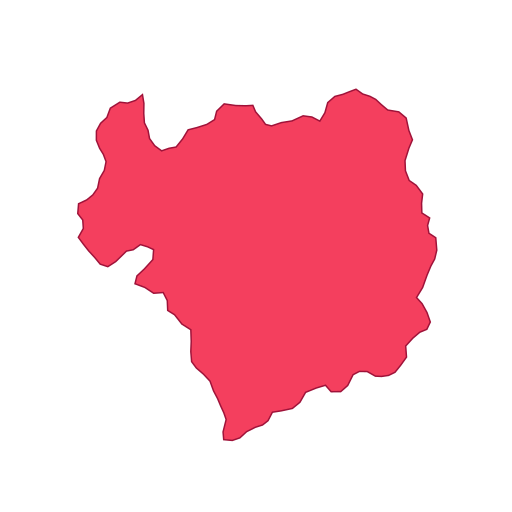 Teixeiras, Minas Gerais, Brazil (Equal Earth projection), rotated 194°
{"feature_id": "56859067B57599068633504", "entity_name": "Teixeiras", "entity_type": "district", "adm_level": 2, "iso_a3": "BRA", "parent_name": "Brazil", "parent_adm1": "Minas Gerais", "projection": "equal_earth", "projection_center": [-42.853, -20.627], "detail": "fine", "context": "isolated", "style": "filled", "palette": "rose", "viewbox_px": 512, "rotation_deg": 194, "n_neighbors": 0, "source": "geoboundaries", "source_scale": "gbopen_adm2", "svg_char_len": 1975}
<svg xmlns="http://www.w3.org/2000/svg" viewBox="0 0 512 512"><g transform="rotate(194 256 256)"><path d="M227.7,75.6L222.6,83.3L215.3,89.6L208.8,93.6L204.5,99.1L202.3,108.4L194.0,111.9L183.8,116.9L178.0,124.7L174.9,135.7L165.6,142.5L157.3,147.4L150.3,142.5L141.0,144.9L135.7,152.5L133.1,164.3L127.8,169.0L120.2,170.8L111.1,168.3L105.1,169.5L98.5,172.2L93.0,176.8L89.2,185.0L85.5,194.3L89.0,204.9L83.9,214.3L78.7,221.6L72.5,226.2L70.9,234.1L76.4,242.5L83.3,249.9L90.2,254.5L86.7,265.7L85.4,278.8L83.9,288.6L81.9,296.3L82.0,305.4L86.0,317.2L93.7,319.9L96.9,327.1L96.7,334.9L105.5,337.9L108.1,347.2L109.3,356.5L117.6,363.3L125.6,366.3L131.6,374.8L134.5,384.6L133.7,397.9L132.3,406.6L138.0,414.7L143.7,426.2L152.3,430.4L163.5,429.5L171.4,433.4L177.7,436.9L184.1,438.5L191.7,439.0L199.3,442.0L205.1,438.0L210.8,433.9L218.1,429.9L223.5,422.2L223.8,411.7L226.7,402.3L235.4,404.4L244.2,403.4L253.7,395.8L263.6,391.6L272.4,386.0L278.6,386.0L283.6,390.3L291.3,395.8L295.5,401.4L302.2,399.3L312.0,397.1L323.7,395.9L329.2,387.0L329.2,378.3L335.5,371.8L344.4,366.3L352.4,362.0L355.5,351.9L359.9,342.4L366.4,339.5L373.0,335.2L381.0,338.5L387.7,344.2L391.2,351.9L396.5,358.2L399.4,367.2L401.7,377.0L405.2,385.1L410.6,377.8L417.6,373.3L425.3,372.3L433.1,364.2L434.2,354.3L438.9,347.2L441.1,338.7L438.9,329.7L433.8,322.7L428.7,317.7L424.3,311.3L423.9,302.3L426.5,293.3L426.1,283.5L429.1,275.8L433.8,269.5L440.8,263.8L439.2,254.0L432.8,249.0L430.2,240.9L432.9,231.1L426.2,225.6L419.5,220.4L412.2,215.6L405.2,210.4L397.2,209.8L390.8,216.6L386.7,223.2L382.9,229.4L376.6,232.4L370.9,239.1L363.4,238.7L356.9,237.4L355.2,227.6L361.2,216.4L366.7,207.9L366.7,199.8L356.2,198.6L346.3,195.1L337.2,198.1L331.3,191.3L328.5,181.8L320.8,179.3L311.4,172.0L301.4,168.7L298.2,157.5L296.1,147.4L292.9,137.9L286.8,132.9L278.3,128.6L270.3,123.4L264.6,114.9L258.8,108.4L254.1,102.1L249.3,96.1L245.4,90.1L245.4,77.3L242.9,70.0L234.4,71.3L227.7,75.6Z" fill="#f43f5e" stroke="#9f1239" stroke-width="1.5"/></g></svg>